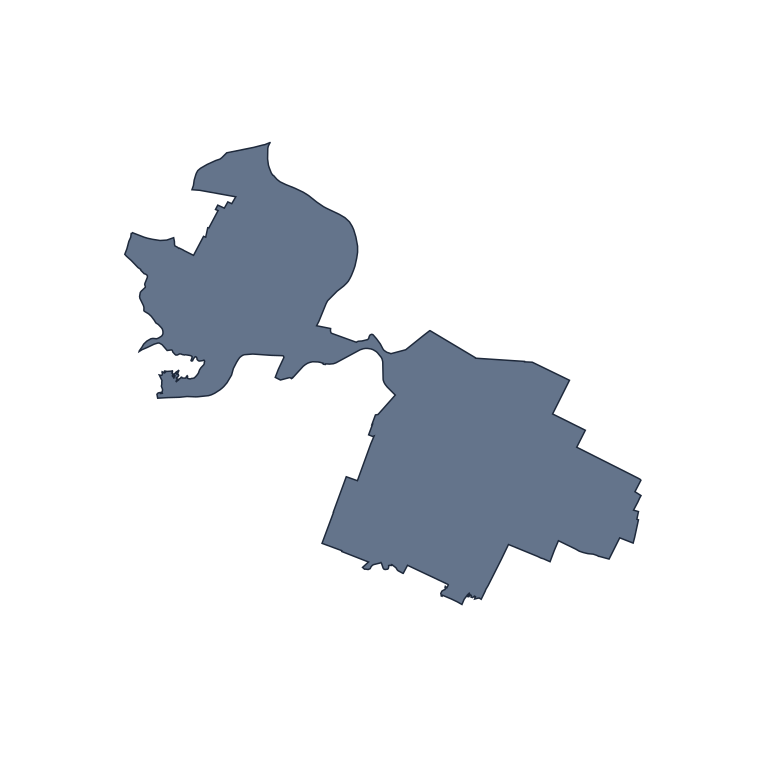 outline of Bertestii De Jos, Braila, Romania, rotated 203°
{"feature_id": "2599482B54803043884513", "entity_name": "Bertestii De Jos", "entity_type": "district", "adm_level": 2, "iso_a3": "ROU", "parent_name": "Romania", "parent_adm1": "Braila", "projection": "natural_earth1", "projection_center": [27.835, 44.83], "detail": "fine", "context": "isolated", "style": "filled", "palette": "slate", "viewbox_px": 768, "rotation_deg": 203, "n_neighbors": 0, "source": "geoboundaries", "source_scale": "gbopen_adm2", "svg_char_len": 6154}
<svg xmlns="http://www.w3.org/2000/svg" viewBox="0 0 768 768"><g transform="rotate(203 384 384)"><path d="M362.4,451.1L362.8,450.9L366.5,444.3L377.4,424.0L389.5,414.6L390.7,414.6L393.8,414.3L397.2,415.0L398.6,415.8L403.0,419.4L408.7,422.8L413.2,425.0L413.9,425.1L415.0,424.8L416.0,423.6L416.2,422.2L415.9,419.8L416.5,418.4L421.1,415.0L424.4,413.3L425.3,412.4L425.7,411.6L451.9,410.2L452.8,410.4L453.6,411.4L454.1,412.1L454.8,414.2L468.8,411.3L468.4,416.1L468.7,435.4L468.4,438.7L463.4,451.2L459.4,458.4L457.8,462.2L457.0,464.8L456.6,468.0L456.4,471.2L456.5,476.7L456.8,481.2L458.3,489.2L459.8,495.0L462.2,500.6L467.3,508.3L472.1,514.1L474.9,516.7L479.1,519.7L484.8,521.8L491.5,522.7L505.7,523.3L509.0,523.6L517.0,525.2L527.0,528.0L533.3,529.0L542.6,529.4L552.2,529.2L558.6,529.5L562.4,530.5L567.2,532.8L567.9,532.7L570.2,534.2L574.2,538.3L575.9,540.3L579.1,545.7L583.0,555.4L583.4,557.4L583.4,558.7L583.3,561.0L582.9,562.1L587.3,557.7L588.7,556.8L596.4,550.9L619.1,535.4L621.8,528.8L622.9,526.9L626.2,524.0L632.6,517.0L637.2,510.9L638.8,507.7L639.1,504.7L639.0,502.9L638.4,497.6L637.0,492.3L636.7,487.8L629.3,490.3L593.6,498.4L594.6,490.5L598.9,490.6L599.7,483.5L606.9,483.7L607.3,478.8L604.5,478.8L606.2,459.3L607.3,459.0L605.5,449.5L607.8,449.4L609.6,428.0L620.5,428.7L621.3,428.9L625.7,429.1L625.9,428.7L627.6,429.2L630.4,429.4L631.3,430.5L632.6,433.3L634.8,436.5L640.2,431.6L646.2,428.6L653.8,426.7L658.6,425.8L662.2,425.4L674.7,425.0L675.0,423.9L675.5,423.7L674.5,420.2L674.6,415.7L673.5,408.0L673.3,402.1L670.8,400.9L665.1,399.0L656.0,395.1L652.7,394.4L652.2,393.6L648.5,392.1L647.9,391.8L646.3,392.0L644.7,391.6L644.0,391.0L643.5,389.6L643.4,383.2L643.1,382.0L641.8,380.5L641.5,379.7L643.7,374.7L644.1,373.0L643.2,369.1L642.2,367.5L636.0,362.1L634.8,360.5L633.8,357.9L633.1,357.3L628.1,356.6L624.7,355.4L620.4,352.9L617.9,351.1L615.0,350.6L611.3,349.0L609.8,348.2L608.8,347.1L607.9,345.8L607.1,343.8L607.2,341.9L607.7,340.8L609.6,338.1L611.0,336.8L614.5,335.7L615.6,335.0L616.3,334.5L619.1,330.8L620.8,326.8L621.2,323.5L622.2,319.0L622.1,318.2L620.1,321.1L616.3,325.0L611.2,330.8L608.1,333.4L606.8,333.9L603.6,333.5L596.7,330.1L593.7,331.9L592.9,332.3L592.3,332.3L591.8,332.0L590.9,330.9L588.1,329.6L586.9,329.3L585.5,330.0L583.9,331.9L582.5,332.3L580.9,332.3L580.1,332.6L579.3,332.6L578.1,333.4L573.5,334.5L572.0,334.5L571.2,334.1L570.9,331.9L570.9,330.3L570.3,329.9L569.3,330.5L569.2,333.0L568.5,335.3L568.3,335.5L567.2,335.4L566.3,334.7L565.6,333.5L564.0,332.9L563.2,332.9L562.5,333.2L560.3,334.5L559.1,335.6L558.6,335.5L557.9,334.7L558.0,333.9L557.5,333.0L557.4,331.4L558.9,327.3L559.3,324.9L559.1,321.4L559.8,318.5L561.0,315.4L561.8,314.9L562.0,314.6L563.4,313.9L564.4,312.9L566.3,312.5L567.2,312.5L567.8,314.4L568.4,314.7L568.8,313.7L568.8,312.5L569.1,311.8L571.7,310.8L572.2,310.7L572.7,311.2L573.3,311.1L573.8,309.4L574.5,308.8L574.7,307.2L575.3,306.6L576.0,305.0L576.4,305.1L576.5,305.5L576.1,307.9L577.2,308.1L577.6,308.5L576.7,309.7L576.3,311.5L577.1,312.5L578.9,312.1L579.2,312.4L578.1,313.5L578.0,315.5L578.1,316.1L578.5,316.2L579.0,315.1L579.9,314.0L580.8,311.6L581.2,311.3L581.4,310.7L581.2,309.5L580.9,309.3L580.2,309.3L580.3,310.1L579.6,310.0L579.5,309.7L579.7,309.3L580.3,308.7L580.3,308.2L579.7,308.0L579.6,307.7L579.8,307.4L580.6,308.1L581.5,308.3L581.8,308.7L581.8,309.2L582.1,309.1L582.2,309.4L582.2,310.5L583.0,311.4L583.5,311.3L583.5,312.8L583.9,313.4L585.5,312.4L588.7,310.8L591.0,310.3L591.1,310.0L591.0,309.6L589.9,309.3L590.3,308.4L590.6,308.4L590.9,308.6L591.3,308.5L593.0,308.6L592.8,307.8L591.9,306.9L591.9,305.3L592.3,304.9L594.4,304.5L589.7,300.4L589.4,299.0L588.5,297.1L588.1,295.0L585.9,292.7L585.5,291.9L585.0,289.5L584.4,288.8L586.0,287.9L586.4,288.6L585.0,289.5L585.2,290.4L585.3,289.8L585.9,289.2L587.8,288.0L588.6,287.2L589.0,285.8L586.8,282.5L578.3,286.7L567.2,291.8L560.5,295.5L552.3,298.6L550.2,299.6L541.0,304.7L538.7,306.6L536.2,309.4L532.6,314.7L531.3,317.2L530.5,319.0L529.0,323.7L527.8,332.6L528.7,339.4L528.2,346.3L527.7,349.6L527.2,351.9L526.3,353.7L525.2,355.3L524.0,356.4L516.5,360.3L498.8,366.4L488.8,370.3L488.0,370.5L487.3,370.3L486.5,369.3L487.0,356.2L486.7,347.6L480.9,347.2L473.7,352.8L472.8,353.2L471.3,352.8L470.9,354.1L470.5,353.9L465.3,368.7L464.1,370.9L462.5,373.2L460.7,374.9L458.4,376.6L453.4,378.5L451.2,379.0L448.3,379.3L448.5,378.9L447.4,378.5L445.5,379.1L445.5,379.8L442.0,381.0L438.5,382.9L436.5,384.7L419.4,406.1L416.8,408.4L414.8,409.6L412.8,410.4L409.6,411.2L407.4,411.3L403.9,410.8L402.2,410.2L396.9,407.4L395.6,406.3L393.8,403.9L386.7,388.1L386.1,387.1L384.5,385.4L382.8,384.1L379.9,382.5L369.3,378.2L377.6,353.6L379.8,352.2L379.3,341.9L378.8,342.3L378.3,331.2L373.8,331.3L372.8,332.3L372.8,323.8L370.7,284.6L382.5,283.9L380.6,246.1L380.3,246.1L378.8,213.1L357.7,214.1L357.5,213.3L328.7,214.1L332.1,206.8L329.6,205.9L328.6,206.4L326.1,207.0L324.6,208.6L324.5,210.7L323.9,212.5L323.0,213.7L317.5,217.8L317.1,218.5L316.0,217.7L312.9,214.2L311.6,213.5L310.4,213.7L308.4,214.9L308.0,215.6L308.0,216.3L308.4,218.1L308.8,218.7L308.1,219.2L306.2,219.9L306.5,220.7L306.0,220.8L301.2,219.5L299.1,218.0L298.0,217.6L292.5,217.1L292.3,217.2L291.5,226.3L246.7,224.5L246.3,224.2L246.5,220.8L246.9,220.6L247.8,221.5L248.5,221.7L248.4,220.7L247.4,219.2L247.6,218.6L248.7,217.5L249.8,215.9L249.9,213.4L248.9,212.1L248.6,211.3L247.6,211.3L247.6,212.4L237.9,212.4L231.5,212.1L226.1,211.5L226.1,217.1L224.8,222.5L223.8,224.8L223.6,224.7L224.4,220.9L222.8,221.3L222.3,223.7L221.1,223.5L220.7,221.9L219.1,222.0L217.8,224.1L216.7,224.0L216.8,222.6L216.3,222.5L216.4,221.6L213.9,223.5L212.7,224.2L210.4,223.8L209.9,232.9L210.0,234.6L209.4,239.2L207.5,268.0L206.7,284.9L175.3,285.3L171.4,285.1L168.9,285.4L161.7,285.3L162.2,297.3L162.2,307.9L143.0,306.9L139.0,306.4L134.9,306.7L130.0,307.5L125.0,309.1L121.1,309.4L119.0,309.2L118.7,309.4L108.4,310.8L106.9,334.5L92.5,334.9L93.3,340.5L96.7,358.4L98.4,358.3L99.9,366.0L105.0,365.4L104.2,374.6L104.1,378.8L103.8,381.7L110.9,382.9L109.9,395.8L110.8,396.3L113.3,396.6L181.9,401.1L180.6,420.1L217.1,422.3L214.7,459.9L256.0,462.0L263.3,459.3L263.5,459.7L309.9,443.5L310.1,443.9L362.4,451.1Z" fill="#64748b" stroke="#1e293b" stroke-width="1.5"/></g></svg>